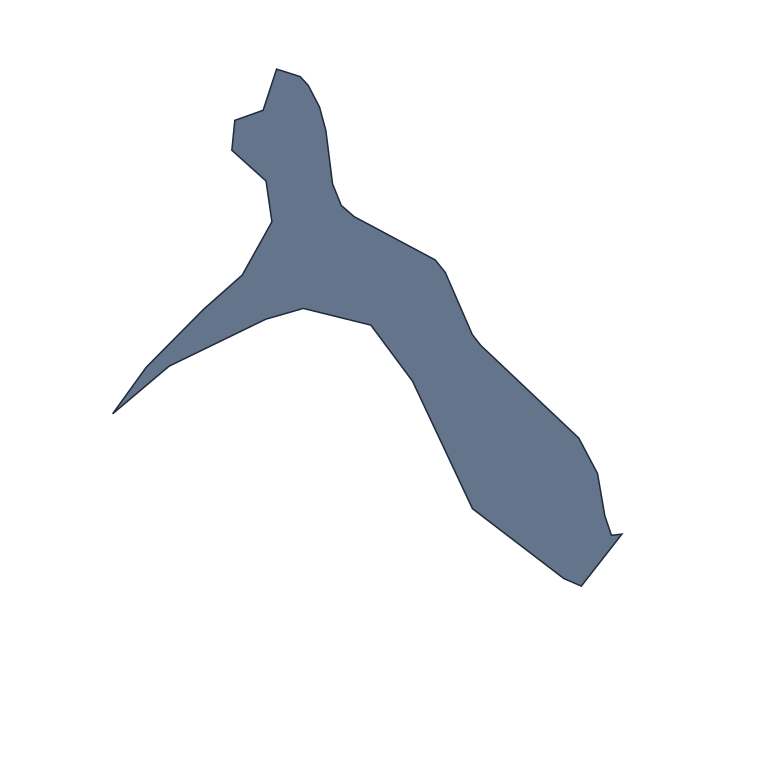 outline of Ribeira Brava, rotated 38°
{"feature_id": "CPV-5057", "entity_name": "Ribeira Brava", "entity_type": "state/province", "adm_level": 1, "iso_a3": "CPV", "parent_name": "Cabo Verde", "parent_adm1": "", "projection": "natural_earth1", "projection_center": [-24.247, 16.582], "detail": "fine", "context": "isolated", "style": "filled", "palette": "slate", "viewbox_px": 768, "rotation_deg": 38, "n_neighbors": 0, "source": "natural_earth", "source_scale": "10m", "svg_char_len": 590}
<svg xmlns="http://www.w3.org/2000/svg" viewBox="0 0 768 768"><g transform="rotate(38 384 384)"><path d="M105.5,202.0L128.6,193.4L140.4,195.3L162.6,205.4L182.0,219.9L220.3,258.0L240.4,269.6L257.4,270.5L348.0,254.7L363.7,258.4L423.2,290.7L436.4,294.0L570.8,306.7L607.4,323.1L639.3,352.0L656.4,363.2L663.9,355.8L663.9,421.8L645.6,426.6L530.5,427.8L404.7,364.2L337.4,345.7L273.8,374.2L250.9,405.8L203.7,502.2L188.5,574.6L186.3,517.2L195.8,436.3L205.2,385.5L195.8,325.2L166.1,296.7L120.2,293.5L104.1,268.1L120.2,242.7L105.5,202.0Z" fill="#64748b" stroke="#1e293b" stroke-width="1.5"/></g></svg>